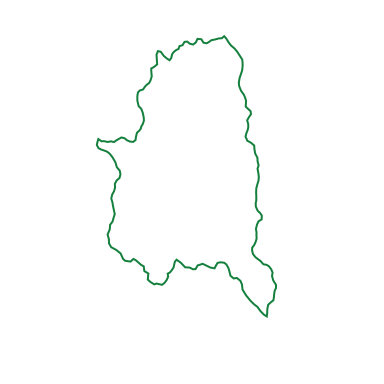 outline of Muzambinho, Minas Gerais, Brazil, rotated 338°
{"feature_id": "56859067B59746480079814", "entity_name": "Muzambinho", "entity_type": "district", "adm_level": 2, "iso_a3": "BRA", "parent_name": "Brazil", "parent_adm1": "Minas Gerais", "projection": "equal_earth", "projection_center": [-46.515, -21.373], "detail": "fine", "context": "isolated", "style": "outline", "palette": "green", "viewbox_px": 384, "rotation_deg": 338, "n_neighbors": 0, "source": "geoboundaries", "source_scale": "gbopen_adm2", "svg_char_len": 2987}
<svg xmlns="http://www.w3.org/2000/svg" viewBox="0 0 384 384"><g transform="rotate(338 192 192)"><path d="M255.3,209.6L258.0,206.2L259.6,203.1L260.5,199.8L261.5,194.9L263.7,192.4L264.3,188.1L265.5,184.7L265.0,180.2L265.9,175.7L267.1,172.2L265.1,168.4L262.5,165.2L262.4,160.6L264.6,157.7L267.0,155.2L268.5,152.9L269.6,150.0L270.0,146.2L272.9,143.9L275.8,142.0L276.6,139.0L275.2,136.1L273.8,133.0L275.1,130.2L276.3,127.7L276.6,124.2L276.5,121.1L275.4,116.5L275.4,111.6L276.3,108.3L278.8,104.2L281.2,101.4L284.0,98.1L285.8,94.8L287.0,92.0L288.2,88.1L287.4,83.7L286.5,79.0L285.1,74.7L283.1,70.9L282.0,67.1L281.3,62.7L280.2,59.6L277.3,60.6L274.1,59.6L270.3,59.2L266.9,58.5L263.8,59.3L261.3,59.6L258.6,57.9L257.9,53.9L254.4,52.1L251.7,54.7L248.3,55.7L245.4,53.6L244.0,50.8L241.3,50.0L238.1,52.4L235.1,52.0L233.1,54.3L230.2,54.5L227.4,55.4L225.1,56.9L222.9,60.1L220.5,61.4L218.7,58.8L216.8,55.2L215.6,50.3L213.2,48.6L210.6,51.3L209.1,55.7L207.5,60.6L203.7,61.8L200.5,62.2L199.3,65.3L198.0,69.7L195.3,73.0L192.9,75.0L190.5,75.5L187.7,76.8L185.0,78.6L181.7,78.3L179.2,79.4L177.3,82.5L175.6,86.7L174.7,92.3L176.1,95.9L176.0,100.3L175.2,104.7L174.2,107.7L172.0,110.4L169.7,112.1L168.1,114.2L166.0,115.4L163.1,116.5L160.7,119.9L159.1,122.7L156.2,123.5L153.4,122.0L151.2,119.8L149.5,116.8L147.0,115.0L144.0,115.4L141.0,115.8L138.4,116.5L135.9,114.7L132.5,114.0L129.5,111.9L127.1,111.1L125.0,107.8L123.0,110.3L121.4,112.7L121.7,116.3L123.9,118.8L126.4,120.9L128.3,122.7L130.0,125.6L131.3,130.1L132.1,135.8L131.6,140.9L133.0,145.1L132.3,148.7L130.1,151.8L126.4,153.1L123.5,155.6L122.3,159.1L120.0,162.1L117.1,164.4L114.7,167.8L114.4,171.5L113.6,175.0L112.8,179.4L112.1,183.6L109.6,186.6L107.2,189.7L103.8,191.7L101.7,195.9L97.8,199.8L97.2,204.9L95.8,208.5L96.4,212.9L100.1,217.4L102.8,222.3L103.0,228.1L104.2,230.7L109.0,233.5L112.6,232.1L114.4,234.3L117.5,240.5L119.4,242.8L118.2,247.5L121.0,251.2L118.2,256.6L119.7,259.8L122.4,263.5L124.8,263.6L129.4,266.8L132.2,266.1L135.3,264.3L138.1,261.7L138.9,258.6L141.2,258.4L143.7,257.1L146.7,255.0L149.9,250.3L152.3,249.0L155.0,253.1L157.5,259.3L161.4,261.1L164.1,264.1L166.4,264.8L169.7,262.2L175.0,262.6L180.8,269.0L184.3,271.2L187.0,268.9L189.2,267.3L192.2,267.9L195.3,269.6L196.7,272.0L197.3,276.1L197.0,279.2L196.3,284.1L198.3,287.8L201.4,288.5L203.6,292.5L203.7,296.5L202.3,301.4L203.4,308.1L204.5,311.5L205.3,314.3L206.5,317.2L207.8,320.0L209.6,322.9L210.9,328.2L212.7,332.6L214.7,335.4L216.3,332.6L218.0,328.7L220.4,325.1L223.5,323.9L226.9,322.9L228.7,319.9L230.0,317.3L231.6,314.6L233.9,312.5L235.1,309.6L234.2,304.4L234.7,299.9L236.5,297.0L236.5,293.4L235.6,289.9L234.0,287.6L231.1,285.7L229.6,281.5L227.9,278.8L226.4,276.2L225.3,272.4L225.8,268.7L227.0,266.1L229.8,264.5L232.5,261.9L234.5,259.3L235.6,256.1L236.8,253.3L237.4,250.3L240.1,246.5L242.7,244.1L246.3,243.5L247.9,240.0L247.2,236.7L245.9,234.1L245.7,229.5L246.9,226.2L248.5,223.8L250.0,220.1L251.3,216.4L253.0,212.7L255.3,209.6Z" fill="none" stroke="#15803d" stroke-width="2"/></g></svg>